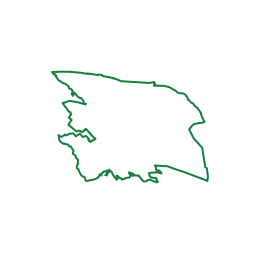 outline of Jiutepec, Morelos, Mexico, rotated 320°
{"feature_id": "50627088B83770147300305", "entity_name": "Jiutepec", "entity_type": "district", "adm_level": 2, "iso_a3": "MEX", "parent_name": "Mexico", "parent_adm1": "Morelos", "projection": "equal_earth", "projection_center": [-99.181, 18.886], "detail": "fine", "context": "isolated", "style": "outline", "palette": "green", "viewbox_px": 256, "rotation_deg": 320, "n_neighbors": 0, "source": "geoboundaries", "source_scale": "gbopen_adm2", "svg_char_len": 5606}
<svg xmlns="http://www.w3.org/2000/svg" viewBox="0 0 256 256"><g transform="rotate(320 128 128)"><path d="M77.2,147.1L77.8,146.4L78.3,146.0L78.7,145.9L79.4,145.9L80.4,146.2L80.8,145.9L81.4,145.8L81.8,145.9L82.3,146.2L82.6,146.6L82.8,147.2L82.9,147.6L82.8,148.5L82.7,148.9L82.4,149.4L82.0,149.7L81.6,149.8L80.7,149.7L81.3,150.6L82.3,150.3L82.8,149.8L83.3,149.0L83.6,147.5L84.1,147.0L84.5,147.0L84.8,147.2L84.9,149.5L86.1,149.7L86.1,147.8L86.6,147.8L86.6,148.6L86.8,149.1L86.8,150.1L87.3,150.5L86.1,155.9L86.1,160.3L86.9,160.4L87.2,159.5L87.8,159.4L88.1,159.2L88.4,158.5L88.3,158.2L88.2,157.6L88.5,157.4L89.2,158.1L89.4,158.4L89.4,159.0L89.3,160.1L89.4,160.4L89.5,160.9L89.9,161.7L90.3,162.0L90.2,163.6L90.9,163.6L91.3,164.0L91.9,164.3L92.3,164.3L92.8,164.8L94.1,164.7L94.9,165.4L95.3,165.5L97.1,166.7L98.6,166.7L98.8,166.6L99.1,166.2L99.5,165.5L99.7,164.8L99.7,163.4L100.4,162.8L100.7,163.3L101.5,164.5L102.2,166.0L101.1,166.7L100.9,166.7L100.6,166.5L100.9,167.5L101.4,168.1L102.6,167.5L103.0,168.4L103.4,169.4L103.6,169.6L105.7,171.4L105.2,172.3L105.4,172.7L105.7,174.0L105.7,174.5L105.5,175.2L105.2,175.6L105.5,177.1L105.6,178.7L105.7,179.1L107.2,180.3L109.9,180.7L110.8,181.2L111.8,181.5L112.0,182.2L112.1,182.6L113.9,186.0L114.4,186.8L114.6,187.4L115.0,188.0L116.2,188.5L116.3,188.4L116.4,187.3L116.4,186.5L116.5,186.1L116.7,185.7L117.5,184.8L114.9,181.9L114.3,181.1L114.0,180.5L113.8,179.5L113.9,178.2L114.1,177.7L114.9,176.5L115.0,176.7L116.2,176.7L116.4,176.8L118.5,178.2L120.7,180.0L120.9,180.1L121.2,180.0L121.7,180.0L121.8,180.1L121.9,180.7L122.1,181.1L123.7,183.3L124.3,184.0L124.8,183.0L124.7,182.0L124.6,180.9L122.7,178.1L124.2,175.8L124.4,174.0L124.5,174.0L128.9,178.2L131.1,180.4L131.2,180.5L133.1,182.0L134.9,184.8L136.4,187.6L137.5,189.4L141.1,195.3L142.6,197.7L154.9,219.5L157.9,216.7L162.5,209.6L162.0,207.7L172.1,190.9L171.7,177.9L173.9,168.4L177.9,167.5L181.4,167.5L185.4,169.8L189.1,172.1L190.3,172.4L190.7,172.4L190.8,172.3L190.8,172.0L190.9,170.7L190.9,170.4L191.4,169.2L191.6,167.4L192.3,165.9L192.6,164.6L193.4,163.7L193.6,163.2L193.6,162.1L193.9,160.9L193.7,159.3L193.8,159.0L194.1,158.1L194.1,157.8L194.1,157.5L193.7,156.1L193.5,153.7L193.3,152.9L193.3,152.5L193.6,151.2L193.5,150.6L193.4,150.2L192.8,149.4L192.6,149.0L192.6,148.1L192.7,145.9L192.6,145.7L192.2,145.2L192.2,144.9L192.3,144.5L193.2,142.9L193.3,142.1L193.2,138.9L192.9,138.0L192.6,137.4L191.9,136.4L189.9,134.5L189.5,134.0L189.1,133.4L188.9,132.9L188.3,129.9L187.4,127.5L186.4,124.5L185.8,123.2L183.1,119.4L182.3,118.5L175.3,112.4L175.6,112.2L175.8,111.5L176.7,112.0L176.9,112.0L177.5,109.6L175.5,108.4L173.7,107.5L173.5,107.4L153.0,87.9L152.9,87.8L151.9,85.8L151.0,84.3L151.0,84.1L148.9,80.6L148.7,80.6L148.8,80.1L148.2,79.7L147.2,78.4L146.0,76.6L145.3,75.9L144.0,74.3L142.2,72.2L142.0,71.7L142.0,71.4L142.1,70.6L140.3,68.6L139.7,68.1L139.2,68.3L132.1,60.3L131.9,60.6L129.9,58.4L127.3,55.3L125.9,53.9L120.4,48.4L119.2,47.2L115.7,44.3L114.2,42.9L113.4,42.3L113.3,42.2L107.9,37.9L106.4,36.7L105.8,36.5L105.8,37.6L105.7,39.2L106.5,39.4L106.4,42.2L105.8,42.2L105.5,46.7L105.5,46.9L105.9,47.8L106.5,49.8L106.6,50.6L107.4,52.4L107.9,53.2L108.2,53.5L108.4,53.9L108.8,55.6L109.2,57.4L109.1,58.4L108.6,59.2L108.4,59.7L108.7,60.6L109.2,61.0L109.3,61.2L109.4,62.0L109.5,62.9L109.5,63.7L109.2,63.7L108.8,64.5L108.8,65.1L107.2,65.4L107.2,66.3L106.6,66.5L106.6,67.7L109.6,67.0L109.7,68.9L109.6,71.0L109.7,71.7L110.2,73.4L110.4,73.9L111.0,74.5L111.3,75.3L111.4,78.0L110.6,79.9L110.1,80.8L110.5,81.5L111.1,82.2L110.7,82.6L109.9,81.6L106.1,76.1L103.5,72.9L100.8,69.8L99.8,69.3L95.2,67.4L95.1,67.7L93.9,67.2L93.6,70.8L93.6,73.5L93.3,75.8L93.4,78.6L94.0,78.9L93.2,81.0L92.8,81.0L89.3,82.1L90.0,85.2L90.0,85.4L89.9,85.5L84.4,87.3L84.5,88.1L84.8,88.9L84.8,89.3L86.4,97.7L86.8,97.9L88.0,98.1L88.6,98.4L89.3,99.3L90.6,101.8L92.3,101.9L92.4,101.7L92.6,101.6L93.2,101.6L93.8,101.8L93.9,101.6L94.5,101.5L95.0,101.5L95.4,103.4L95.3,103.9L95.4,104.8L95.4,105.4L95.2,106.3L95.5,106.5L95.4,107.7L95.6,109.2L95.6,109.3L95.3,109.5L95.7,113.0L96.2,115.0L96.0,115.3L95.8,115.3L94.1,115.1L93.6,115.2L93.5,114.9L93.2,114.6L90.6,114.6L90.6,113.9L90.4,113.8L90.2,113.8L89.9,113.6L89.8,113.0L90.0,111.8L90.6,111.9L91.0,111.5L90.9,109.9L90.8,109.3L90.9,108.6L90.8,108.0L90.8,107.8L90.7,107.1L87.5,105.7L87.6,101.5L82.8,100.8L82.6,96.9L82.0,96.7L80.2,95.2L78.8,94.5L78.1,94.5L77.4,94.3L76.9,94.2L75.9,93.9L75.4,92.5L75.1,92.6L74.1,92.6L73.1,92.2L72.5,92.1L71.5,92.1L71.3,92.0L71.0,91.7L70.5,90.5L70.4,90.1L70.5,89.7L70.5,89.4L70.1,89.0L69.7,89.5L69.8,89.9L69.3,90.7L68.9,91.0L68.4,91.6L67.6,93.5L67.5,94.2L67.5,95.7L67.9,96.7L67.9,97.1L68.3,97.7L68.3,98.1L68.3,98.4L68.7,99.0L69.3,99.0L69.5,99.2L69.5,99.5L69.6,99.9L69.9,100.2L70.1,100.7L70.4,101.0L70.9,101.3L71.3,101.9L71.4,102.4L71.3,102.7L71.3,103.1L71.1,103.8L71.1,104.0L71.4,104.5L72.1,105.0L72.1,105.3L72.3,105.4L72.2,106.4L72.0,106.8L72.1,107.5L71.9,107.9L71.8,108.6L71.8,109.0L71.9,109.4L71.7,109.8L71.6,110.5L70.8,111.0L69.9,111.4L69.7,111.6L69.3,112.3L69.3,112.8L69.6,113.4L70.0,115.3L69.9,115.5L69.5,116.0L69.4,117.2L69.0,118.1L69.0,118.3L69.1,118.9L69.4,119.4L69.2,120.4L68.8,120.9L68.4,121.1L67.8,121.6L67.6,122.0L67.3,122.7L66.9,123.2L66.2,123.5L65.7,123.5L65.3,123.7L64.1,124.6L63.3,125.4L63.1,125.7L63.1,126.1L63.4,127.0L63.4,128.1L63.0,129.1L62.8,129.3L62.8,129.7L62.6,130.2L62.5,130.9L62.3,131.3L62.1,132.4L61.9,133.7L61.9,134.6L62.0,135.4L62.4,136.4L62.9,137.2L63.1,137.9L62.9,138.3L62.3,139.7L62.0,140.7L61.9,141.1L62.0,141.7L62.9,142.4L69.9,146.0L72.8,146.8L75.6,146.0L76.4,145.4L76.7,146.0L76.8,147.0L77.0,147.0L77.2,147.1Z" fill="none" stroke="#15803d" stroke-width="2"/></g></svg>